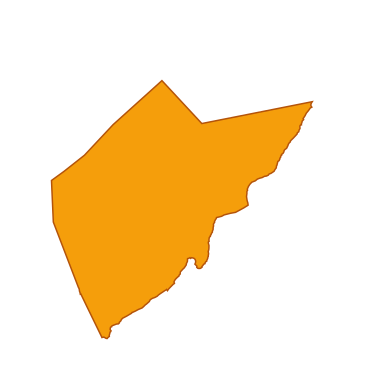 Faasalelelaga IV, Fa'asaleleaga, Samoa, rotated 73°
{"feature_id": "51752279B84305185807219", "entity_name": "Faasalelelaga IV", "entity_type": "district", "adm_level": 2, "iso_a3": "WSM", "parent_name": "Samoa", "parent_adm1": "Fa'asaleleaga", "projection": "mercator", "projection_center": [-172.223, -13.576], "detail": "fine", "context": "isolated", "style": "filled", "palette": "amber", "viewbox_px": 384, "rotation_deg": 73, "n_neighbors": 0, "source": "geoboundaries", "source_scale": "gbopen_adm2", "svg_char_len": 2706}
<svg xmlns="http://www.w3.org/2000/svg" viewBox="0 0 384 384"><g transform="rotate(73 192 192)"><path d="M180.2,333.4L250.2,328.5L251.5,328.2L254.1,328.6L255.5,328.5L257.1,328.7L257.1,328.1L270.2,326.1L304.4,320.7L304.8,320.7L305.0,318.7L306.9,316.9L307.3,315.9L306.5,314.8L306.0,313.3L305.0,313.1L303.3,312.0L302.0,311.3L301.9,310.7L301.1,310.0L299.6,310.5L298.4,310.0L297.6,309.5L297.3,308.8L297.4,308.3L296.8,308.0L296.5,306.9L296.2,302.8L296.6,301.0L296.0,299.8L295.4,299.6L294.4,297.7L293.3,296.8L292.4,295.1L291.6,290.8L290.2,285.1L289.6,284.5L289.7,283.7L289.3,280.8L288.7,277.9L288.5,275.9L288.3,273.7L287.5,271.9L286.3,269.7L285.8,268.2L284.2,264.8L283.0,263.7L282.6,262.8L282.1,260.9L282.0,258.4L281.5,255.8L280.6,254.0L279.9,251.9L278.6,247.6L278.3,246.7L278.0,245.1L277.8,244.8L279.2,244.3L278.1,243.0L277.5,242.0L274.7,236.9L274.5,236.0L274.1,235.4L273.0,235.6L272.4,235.3L271.2,234.1L270.3,232.8L269.2,230.7L268.6,229.1L267.8,228.7L267.0,227.3L265.0,226.5L262.9,222.9L262.3,221.6L260.0,218.8L258.8,218.3L257.2,216.8L256.4,216.4L255.7,216.3L254.4,215.7L254.5,214.7L254.2,213.1L255.1,212.7L254.7,211.5L255.9,209.6L257.4,208.7L259.3,208.7L260.8,209.4L261.8,210.3L264.3,209.0L265.4,209.5L266.6,208.8L267.2,207.7L267.5,206.1L266.8,204.4L266.4,204.5L264.4,201.7L264.3,200.5L263.8,200.4L262.7,199.3L262.5,198.2L261.9,198.0L260.2,196.5L259.0,195.9L258.4,195.3L257.0,194.8L256.0,194.2L253.7,193.9L252.2,192.9L250.8,192.3L248.1,191.4L245.4,191.3L244.5,190.9L244.2,190.1L242.7,189.8L240.8,188.9L240.2,188.3L239.8,187.4L238.9,187.1L238.5,186.4L237.1,185.3L236.4,184.3L235.3,183.9L234.2,182.9L231.8,182.0L230.8,181.3L229.6,181.1L228.6,180.6L227.7,179.3L227.0,179.2L225.4,177.8L224.5,176.6L223.6,176.0L223.9,170.8L223.3,167.9L223.6,161.5L224.2,156.3L223.3,151.8L222.3,147.0L221.0,142.2L218.7,141.8L216.2,141.8L212.3,141.2L209.4,139.9L207.6,139.4L206.5,138.3L205.4,138.3L203.1,136.3L201.6,134.5L200.1,131.9L199.8,128.1L198.8,125.8L198.6,123.3L198.7,120.6L198.2,118.1L198.5,116.1L198.2,114.1L197.3,112.9L197.3,111.2L196.2,107.5L194.8,106.1L193.6,104.4L191.6,103.5L191.3,103.0L187.9,101.0L187.5,99.6L186.2,98.4L185.5,98.2L184.6,97.0L183.9,96.8L183.1,96.0L183.0,95.5L182.3,95.4L181.6,93.6L180.7,92.6L179.1,91.6L178.5,90.6L178.0,89.1L177.5,88.3L176.9,87.9L175.7,86.7L175.0,86.3L173.8,85.2L172.8,83.3L171.9,82.9L170.1,79.4L167.3,74.6L166.1,73.9L165.6,72.3L164.1,71.5L162.9,70.2L160.5,69.6L159.7,68.7L159.8,67.7L158.8,67.5L157.9,66.7L156.4,65.9L155.4,64.1L154.3,64.3L152.2,61.7L150.0,59.6L148.1,56.7L146.2,54.3L145.9,52.6L144.4,53.0L143.7,53.0L142.2,52.2L140.8,50.6L129.4,162.6L76.7,188.2L104.5,247.7L125.4,284.1L134.9,308.5L139.9,323.0L180.2,333.4Z" fill="#f59e0b" stroke="#b45309" stroke-width="1.5"/></g></svg>